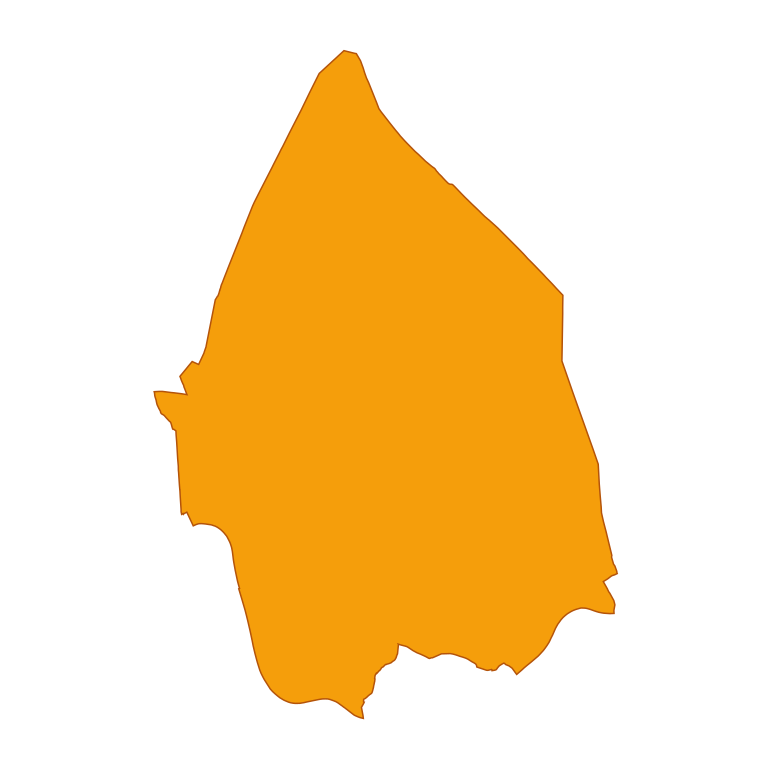 outline of Heerde, Gelderland, Netherlands, rotated 89°
{"feature_id": "6326949B25079542820913", "entity_name": "Heerde", "entity_type": "district", "adm_level": 2, "iso_a3": "NLD", "parent_name": "Netherlands", "parent_adm1": "Gelderland", "projection": "equal_earth", "projection_center": [6.06, 52.406], "detail": "fine", "context": "isolated", "style": "filled", "palette": "amber", "viewbox_px": 768, "rotation_deg": 89, "n_neighbors": 0, "source": "geoboundaries", "source_scale": "gbopen_adm2", "svg_char_len": 6121}
<svg xmlns="http://www.w3.org/2000/svg" viewBox="0 0 768 768"><g transform="rotate(89 384 384)"><path d="M617.4,158.0L614.4,158.1L611.9,157.6L608.9,157.0L607.0,157.4L604.5,158.0L597.1,161.9L595.9,162.8L593.4,164.0L593.0,164.1L585.4,168.2L582.7,163.7L580.1,160.2L579.6,159.3L578.8,156.7L577.6,154.1L576.3,154.5L575.4,154.5L570.4,156.2L569.7,156.5L568.2,157.6L561.9,159.3L561.0,159.5L559.4,159.2L558.9,159.3L539.3,163.7L536.5,164.3L525.4,167.0L516.6,168.8L510.9,169.0L508.1,169.2L499.5,169.8L487.8,170.5L467.9,171.2L452.0,176.4L407.2,191.5L396.5,195.1L373.9,202.5L364.1,205.7L316.7,204.1L310.3,204.0L298.4,203.6L291.4,210.0L287.1,213.8L280.0,220.4L277.8,222.3L266.8,232.6L261.1,238.1L256.5,242.1L251.5,246.8L230.0,267.5L221.5,276.6L220.5,277.9L220.2,278.1L218.5,280.1L215.8,282.8L210.1,288.4L205.6,293.0L198.3,300.2L194.8,303.5L188.6,309.2L186.3,311.4L185.8,312.1L185.5,312.6L185.5,312.9L185.4,314.2L185.4,314.6L185.2,315.0L185.0,315.5L184.7,315.9L184.2,316.6L181.7,319.0L178.7,321.7L177.4,322.8L176.4,323.8L174.7,325.5L172.9,326.9L172.1,327.7L169.8,329.2L169.1,329.9L167.9,331.6L167.2,332.5L162.1,338.5L156.6,344.0L155.1,345.5L152.1,348.8L143.9,356.6L141.4,358.9L138.9,361.1L136.3,363.4L133.4,365.6L130.6,367.9L123.2,373.6L111.6,382.3L108.6,384.3L103.0,386.3L82.7,394.0L77.7,396.2L72.3,398.0L67.7,399.3L60.8,401.7L60.3,401.9L53.2,405.9L52.8,407.8L50.2,417.5L50.0,418.2L72.3,443.3L72.8,443.6L91.0,453.1L108.2,461.8L131.4,474.2L144.9,481.2L147.5,482.7L151.6,484.8L162.1,490.4L165.6,492.2L169.5,494.3L175.5,497.5L185.6,502.9L188.2,504.3L200.0,510.5L204.0,512.4L224.5,521.0L230.6,523.4L245.9,529.8L261.4,536.3L266.7,538.5L267.0,538.6L274.0,541.5L280.7,544.2L281.6,544.7L283.7,545.4L285.1,545.7L286.5,546.3L286.9,546.3L287.0,546.3L287.1,546.5L290.2,547.4L292.8,548.4L293.2,548.6L293.3,548.8L293.4,549.0L296.1,550.7L296.8,551.2L343.1,561.2L343.5,561.2L347.3,562.6L349.0,563.2L350.0,563.5L360.2,568.5L361.2,569.0L359.3,573.1L358.2,575.4L362.7,579.3L365.8,581.9L372.8,587.9L373.1,587.8L374.7,587.2L376.3,586.7L377.1,586.4L380.3,585.1L381.4,584.5L383.9,583.9L385.1,583.4L390.7,581.4L391.2,581.2L390.2,586.6L389.2,593.7L388.8,597.1L387.6,605.3L387.5,606.7L387.5,607.7L387.5,609.2L387.7,613.9L389.2,613.6L391.5,613.4L392.6,613.2L394.3,612.7L395.9,612.2L398.2,611.8L400.1,611.4L401.3,611.0L402.1,610.6L404.2,609.7L407.0,608.2L407.5,608.0L408.7,607.8L409.4,607.4L409.8,607.1L410.3,606.4L411.1,605.0L411.6,604.4L412.1,603.9L413.8,602.5L416.4,600.2L417.6,599.1L418.2,598.3L418.9,597.9L420.4,597.4L423.6,596.6L425.2,596.1L425.6,595.8L425.6,595.6L425.6,595.0L426.4,594.0L427.0,593.0L427.3,592.9L428.8,592.8L429.4,592.8L431.9,592.7L438.5,592.3L447.7,591.9L455.2,591.6L462.5,591.1L466.5,591.1L469.1,590.9L473.4,590.7L481.7,590.3L486.2,590.0L486.2,589.9L486.9,589.9L492.9,589.7L505.7,589.1L508.2,589.1L510.8,588.6L510.0,587.2L510.8,586.9L510.2,586.3L509.3,584.6L508.7,583.4L518.7,578.9L522.5,577.2L521.2,574.2L520.7,572.6L520.5,571.7L520.4,570.5L520.4,569.2L520.6,566.9L520.9,564.5L521.3,562.2L521.7,559.7L522.0,558.5L522.4,557.5L523.2,555.2L523.8,554.1L524.4,553.0L525.3,551.7L526.6,550.0L527.7,548.8L528.8,547.7L530.0,546.6L532.3,544.8L533.3,544.0L534.4,543.4L535.8,542.7L539.1,541.1L540.6,540.5L543.8,539.5L545.4,539.1L549.1,538.5L552.8,538.1L556.7,537.7L560.3,537.2L567.7,536.0L571.3,535.3L575.0,534.6L578.5,533.9L582.2,533.0L585.9,532.0L586.2,532.8L597.6,529.6L607.5,526.9L612.5,525.7L618.2,524.4L628.5,522.2L638.8,520.2L643.4,519.4L651.2,517.7L657.3,516.2L660.4,515.4L667.9,513.2L669.4,512.6L670.8,512.1L672.5,511.3L675.0,510.1L677.5,508.8L681.6,506.3L683.7,505.0L687.0,503.0L689.6,500.7L691.8,498.4L693.9,496.0L695.8,493.7L697.0,491.8L698.4,489.5L699.5,487.1L700.4,485.0L701.1,482.8L701.6,480.2L701.8,478.2L701.8,473.9L701.5,471.8L701.2,469.6L700.7,467.4L699.4,460.6L698.4,455.2L698.0,452.8L697.8,450.5L697.8,448.2L697.9,445.9L698.1,444.9L698.5,443.4L699.9,439.7L700.9,437.4L702.1,435.5L708.9,426.6L710.7,424.4L712.7,421.9L714.4,419.8L715.1,418.5L716.2,416.1L717.1,413.9L718.0,410.5L715.0,410.8L706.9,412.2L704.7,410.9L702.8,409.8L701.9,409.4L701.9,409.8L701.6,410.0L699.3,409.9L698.7,409.6L698.3,408.6L698.0,408.1L697.0,406.8L695.4,405.1L694.0,403.3L693.9,403.0L693.1,401.9L692.4,401.4L690.7,400.8L687.4,399.9L687.0,399.8L685.7,399.6L684.1,399.2L682.3,398.8L681.1,398.5L680.8,398.4L680.1,398.4L679.1,398.2L678.6,398.2L678.4,398.5L675.2,398.0L673.0,396.7L672.9,396.6L673.3,396.3L672.3,395.3L671.5,394.7L670.6,393.8L670.4,393.5L670.4,393.3L668.6,391.9L668.2,391.8L668.0,391.6L667.4,391.0L667.2,390.7L666.8,389.8L666.5,389.4L665.6,388.6L664.8,387.7L664.4,387.1L664.4,386.9L664.5,386.6L664.2,386.1L663.9,384.9L663.6,383.8L662.9,382.0L662.9,381.9L662.6,381.5L662.2,381.0L661.3,379.9L660.9,379.1L660.5,378.6L659.9,377.9L659.6,377.7L657.9,376.7L657.0,376.4L655.0,375.7L654.4,375.4L654.1,375.2L644.6,374.1L644.4,374.2L644.8,373.0L645.1,372.1L646.5,367.1L647.0,365.7L647.2,365.3L647.9,364.2L651.1,359.6L652.5,357.1L653.2,355.9L654.9,351.9L655.3,351.1L656.2,349.2L657.5,346.6L658.8,344.4L659.1,343.7L659.2,343.2L658.7,341.8L658.6,341.5L658.6,340.9L658.6,340.7L658.6,340.3L656.9,336.2L654.8,331.3L654.7,322.5L655.2,319.9L655.9,317.5L656.8,314.9L657.4,313.4L657.7,312.5L658.3,310.5L659.4,307.4L659.8,306.5L660.6,304.9L663.2,301.0L664.5,298.7L665.1,297.8L665.8,297.0L666.7,296.5L668.6,296.1L671.9,286.8L672.1,285.8L672.1,285.1L671.3,281.4L671.4,281.2L671.6,281.1L672.5,281.0L672.2,279.0L672.0,277.9L671.8,277.4L671.7,277.0L671.4,276.6L669.5,275.2L668.4,274.2L667.8,273.7L666.4,271.4L666.2,271.1L665.2,269.1L665.5,268.2L666.0,267.9L666.6,267.3L667.7,264.8L667.8,264.3L670.1,261.2L670.6,260.7L674.0,258.3L674.5,258.0L676.7,256.4L672.1,250.9L670.2,248.8L667.6,245.6L664.9,242.1L658.8,234.7L656.7,232.6L653.2,229.3L650.9,227.5L648.3,225.6L645.3,223.6L643.4,222.6L641.1,221.5L637.9,219.8L631.3,216.8L627.3,214.5L622.9,211.2L620.5,209.0L618.6,206.8L617.2,205.0L616.7,204.3L614.9,201.2L614.3,200.0L613.7,198.7L612.8,196.3L611.5,191.5L611.4,190.3L611.5,188.8L611.6,186.9L611.9,185.3L612.2,184.2L613.0,181.6L614.5,177.7L615.3,175.4L616.0,173.1L616.7,169.9L617.0,168.1L617.5,162.2L617.4,158.0Z" fill="#f59e0b" stroke="#b45309" stroke-width="1.5"/></g></svg>